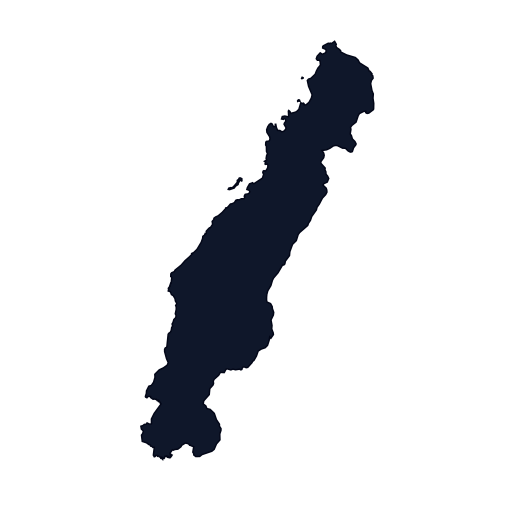 outline of Barru, Sulawesi Selatan, Indonesia, rotated 31°
{"feature_id": "22746128B81694843903641", "entity_name": "Barru", "entity_type": "district", "adm_level": 2, "iso_a3": "IDN", "parent_name": "Indonesia", "parent_adm1": "Sulawesi Selatan", "projection": "natural_earth1", "projection_center": [119.645, -4.434], "detail": "fine", "context": "isolated", "style": "filled", "palette": "ink", "viewbox_px": 512, "rotation_deg": 31, "n_neighbors": 0, "source": "geoboundaries", "source_scale": "gbopen_adm2", "svg_char_len": 6096}
<svg xmlns="http://www.w3.org/2000/svg" viewBox="0 0 512 512"><g transform="rotate(31 256 256)"><path d="M212.8,31.5L211.4,34.8L210.2,35.2L209.7,36.2L209.0,36.0L208.2,36.6L205.4,41.2L205.3,42.1L206.0,43.4L209.3,43.0L210.2,43.6L211.0,45.4L210.7,46.4L209.0,48.9L206.4,48.8L205.5,53.3L206.1,55.9L207.8,56.6L209.7,55.5L210.9,56.4L212.9,59.2L212.3,62.9L212.5,66.3L213.1,69.7L211.5,75.5L209.9,77.3L209.6,79.1L213.7,83.5L221.1,88.9L222.1,92.2L222.3,97.0L221.1,100.5L219.8,101.7L219.0,101.7L219.0,100.9L218.0,100.5L217.2,101.3L215.5,101.6L217.2,108.2L216.5,111.0L215.8,112.3L212.4,115.8L210.7,114.7L209.1,114.4L209.1,115.1L211.9,119.2L211.9,120.1L208.6,121.2L206.7,122.9L207.3,125.4L209.1,124.8L209.1,124.1L209.7,123.5L211.0,123.8L211.7,124.6L212.1,125.3L211.9,127.5L212.2,128.6L215.9,130.7L216.1,132.4L215.5,134.9L214.2,136.2L211.9,136.1L209.8,137.2L207.1,135.2L205.1,132.9L204.7,133.2L205.9,134.8L204.3,136.1L201.7,134.5L200.5,134.6L199.6,136.4L199.5,139.2L200.1,142.3L201.7,144.4L206.2,146.7L207.6,148.2L208.0,149.6L207.9,150.9L205.9,152.4L205.8,153.4L207.1,155.9L208.4,156.6L211.1,160.9L213.5,162.7L213.2,164.0L214.4,167.1L215.7,168.3L214.5,170.4L216.0,170.4L215.9,171.2L216.4,172.5L217.1,172.5L218.5,171.3L219.8,172.5L220.6,174.6L220.6,177.6L220.2,178.3L218.8,178.8L218.4,179.7L219.0,181.2L220.2,181.6L220.5,182.2L221.4,185.9L217.1,194.9L216.5,195.4L215.4,194.9L213.3,197.5L213.4,201.8L213.9,203.7L216.1,203.2L217.5,203.9L217.7,204.5L217.8,205.6L217.1,206.9L215.0,208.7L215.0,210.1L215.3,210.9L215.9,210.8L216.3,213.1L213.9,214.5L212.8,216.4L210.7,217.6L210.7,218.5L210.0,218.7L210.0,221.4L208.5,223.6L207.3,224.6L206.5,229.3L205.3,230.4L205.6,230.8L204.6,236.0L202.8,241.2L201.3,243.3L200.5,245.3L201.1,246.5L200.6,248.9L202.5,251.2L202.3,255.3L201.7,255.6L201.3,256.7L200.6,260.4L201.8,262.3L201.4,263.2L200.9,263.1L201.1,264.7L200.3,266.5L201.2,268.5L202.0,272.5L202.0,280.7L200.5,286.4L199.9,286.3L199.6,287.1L200.2,287.4L199.4,290.9L197.6,296.5L196.6,302.3L193.9,309.7L194.0,311.5L192.3,313.9L192.2,315.1L193.5,317.5L194.8,317.7L197.2,322.8L196.8,322.9L197.5,326.1L197.8,326.1L197.5,328.7L197.9,328.7L198.8,331.2L201.0,330.7L203.4,332.6L205.5,332.6L208.5,334.2L210.1,336.1L212.3,337.3L212.7,338.1L212.6,339.8L213.8,340.7L215.1,342.8L216.6,347.1L218.4,348.4L218.9,350.5L218.3,352.7L219.1,355.8L219.1,357.5L220.7,359.1L220.5,360.6L221.7,363.5L221.8,365.7L221.1,367.0L221.0,368.3L226.2,379.4L226.4,380.3L225.6,381.5L225.7,383.0L226.9,385.0L232.1,390.0L235.7,392.6L236.1,395.3L234.3,399.5L231.7,403.4L230.2,409.5L231.9,412.0L233.2,416.9L233.0,420.8L231.2,422.8L231.6,428.0L232.8,430.3L233.5,433.3L234.0,433.8L235.5,433.7L235.6,432.2L238.0,430.7L238.7,431.6L241.6,431.8L242.5,430.8L243.5,430.8L244.4,430.1L245.6,430.8L246.8,429.8L247.3,429.8L247.3,431.0L249.3,430.7L249.6,431.4L250.5,431.4L250.8,432.1L249.8,443.3L250.3,449.6L252.8,453.6L251.7,454.9L248.6,455.2L248.7,456.6L247.0,457.9L246.4,459.6L245.0,461.2L246.9,463.4L248.9,463.8L249.9,464.6L250.3,467.1L250.1,468.5L254.0,473.5L258.3,472.5L261.3,472.8L262.2,472.4L263.6,473.2L265.1,472.8L266.2,473.2L267.4,472.4L270.6,479.6L272.2,480.5L272.8,479.8L272.7,478.7L273.8,477.9L274.7,478.4L275.2,477.6L276.7,478.0L278.0,477.1L278.8,477.3L278.2,478.0L278.6,478.4L279.0,478.0L280.7,478.4L280.0,477.0L281.4,477.0L281.6,476.1L281.0,474.6L282.1,474.1L282.2,473.4L283.8,473.3L283.2,474.0L283.9,474.1L284.7,473.8L284.7,473.2L285.4,473.6L286.2,473.3L286.5,472.4L285.5,471.2L286.6,471.1L286.6,469.9L285.3,470.2L285.1,469.2L284.8,470.4L283.8,469.5L284.2,465.0L285.3,464.9L285.9,463.8L288.5,461.8L289.9,458.2L289.8,456.5L291.8,452.7L294.1,451.9L295.7,451.9L296.5,452.4L297.4,451.9L298.1,452.1L300.8,451.5L302.9,456.7L304.2,457.3L305.2,458.6L307.7,458.9L311.0,456.8L312.0,454.0L318.7,446.1L319.7,443.3L318.9,437.4L319.8,432.2L316.6,427.2L315.8,423.6L314.9,422.0L312.3,420.7L311.3,419.0L306.4,416.7L301.3,412.4L295.7,411.1L292.5,412.1L290.1,410.3L286.9,410.0L285.8,407.0L287.3,398.9L284.7,393.5L285.6,388.8L285.3,387.2L283.8,385.2L283.6,383.3L285.4,377.5L285.4,374.1L288.8,372.3L288.6,368.6L289.5,367.5L293.1,366.6L294.5,364.8L297.0,364.1L300.1,361.5L301.7,361.4L302.3,360.5L301.9,359.3L302.2,357.7L303.0,357.1L305.1,356.8L306.3,355.7L307.5,349.4L307.3,348.3L308.0,346.5L307.9,341.5L306.8,336.4L308.4,333.1L311.1,329.9L311.9,326.7L310.7,321.6L309.4,318.3L311.1,318.9L311.4,314.4L310.3,313.0L307.0,310.4L305.5,307.3L301.8,303.1L301.3,297.7L300.2,295.2L297.1,292.6L295.9,291.0L293.0,289.3L289.1,289.8L287.8,288.4L286.2,285.7L285.0,283.2L284.0,279.7L284.0,273.7L282.6,268.4L282.4,265.7L283.5,259.1L283.4,249.7L284.4,249.5L284.8,248.0L283.8,245.2L284.5,238.4L282.8,234.9L281.3,227.2L282.6,222.1L281.1,215.9L281.3,213.4L284.6,203.2L284.1,200.8L284.3,197.5L283.4,193.4L284.0,185.4L283.2,182.8L283.5,178.9L283.1,172.1L284.1,167.5L283.9,164.7L282.6,162.9L281.2,161.7L276.8,160.7L276.9,159.1L279.0,155.9L278.4,152.1L276.2,150.6L273.9,149.8L272.4,147.7L270.7,146.6L270.0,145.0L263.8,143.1L263.0,141.7L263.4,136.9L262.6,134.6L261.0,132.9L258.2,131.6L261.8,128.6L263.8,125.7L265.7,121.6L267.6,120.0L269.2,119.4L274.6,119.0L277.2,117.6L280.8,118.5L282.9,118.4L283.8,118.1L284.8,116.9L283.9,113.0L284.3,109.2L284.0,108.3L281.8,106.9L278.3,106.0L275.6,103.5L273.9,102.9L272.2,98.7L270.7,96.9L271.0,94.5L272.8,89.7L271.3,83.0L271.3,80.6L273.7,76.8L275.4,75.3L275.9,75.4L276.1,76.5L276.8,76.7L277.9,76.5L279.1,75.4L281.2,70.2L281.1,69.4L278.3,64.5L275.0,60.5L273.1,56.7L270.2,54.5L265.5,49.2L264.5,46.1L264.8,43.3L263.3,41.4L261.5,40.9L261.6,40.1L258.8,39.0L257.4,39.0L255.1,37.3L245.3,37.1L242.5,35.4L238.9,34.7L230.0,37.0L223.5,37.5L223.0,36.6L221.4,36.0L217.6,35.8L216.0,34.5L215.8,33.2L212.8,31.5ZM205.2,198.8L204.0,197.0L202.2,197.2L201.5,197.8L201.6,199.4L201.0,200.8L202.0,202.4L201.3,206.7L200.8,208.9L199.9,210.2L199.1,210.4L197.7,211.9L197.9,213.2L199.2,212.7L202.3,209.0L202.5,206.6L203.8,204.0L203.4,203.0L203.2,199.6L204.0,198.9L204.9,199.2L205.2,198.8ZM212.1,102.0L212.5,101.4L213.9,100.7L212.9,99.9L211.9,100.3L211.7,101.5L212.1,102.0ZM204.0,80.4L204.8,79.3L204.6,78.9L203.5,79.0L203.6,80.3L204.0,80.4Z" fill="#0f172a" stroke="#020617" stroke-width="1.5"/></g></svg>